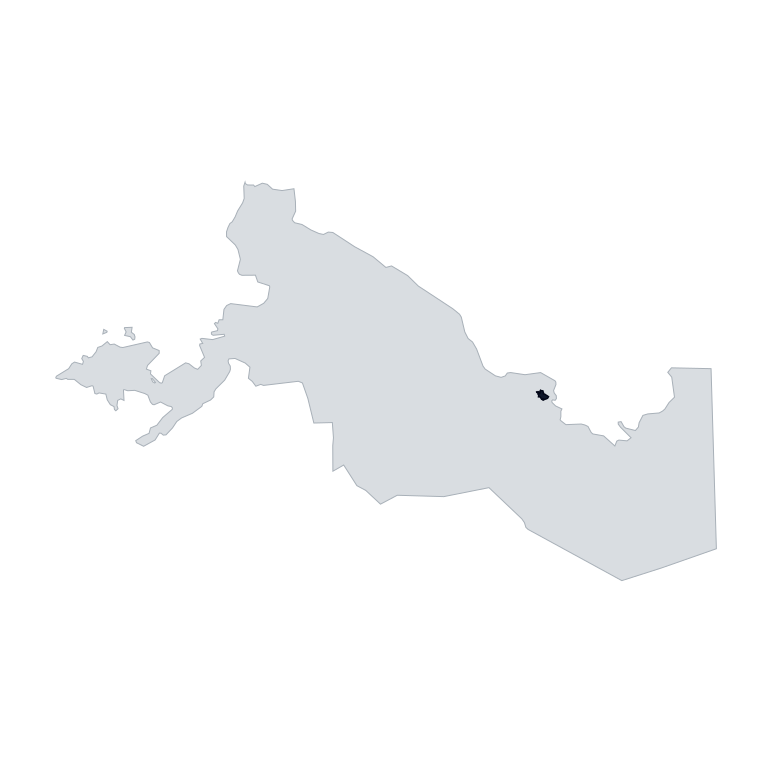 location of Yangibazar, Khorezm, Uzbekistan, rotated 177°
{"feature_id": "79887680B22803301231900", "entity_name": "Yangibazar", "entity_type": "district", "adm_level": 2, "iso_a3": "UZB", "parent_name": "Uzbekistan", "parent_adm1": "Khorezm", "projection": "equal_earth", "projection_center": [60.467, 41.675], "detail": "fine", "context": "in_parent", "style": "filled", "palette": "ink", "viewbox_px": 768, "rotation_deg": 177, "n_neighbors": 0, "source": "geoboundaries", "source_scale": "gbopen_adm2", "svg_char_len": 4311}
<svg xmlns="http://www.w3.org/2000/svg" viewBox="0 0 768 768"><g transform="rotate(177 384 384)"><path d="M615.5,340.1L627.3,334.4L634.2,338.3L634.9,340.4L627.7,344.6L621.2,347.0L619.5,352.3L613.0,354.7L606.7,362.1L596.7,369.8L596.6,371.3L597.6,372.6L601.0,373.5L608.1,377.7L614.7,375.3L616.3,375.8L618.2,378.3L620.4,385.2L623.4,387.0L633.2,390.7L640.3,390.7L644.0,392.1L644.5,391.5L644.5,381.2L647.6,382.9L650.8,381.6L651.8,376.5L650.9,373.2L653.2,371.3L654.5,372.6L654.8,375.6L658.4,377.7L661.2,382.7L662.3,388.5L669.0,390.0L671.3,389.0L673.2,389.6L674.6,397.0L675.6,397.6L681.2,396.1L686.8,399.2L693.0,404.8L699.6,405.2L701.0,406.2L705.7,405.3L711.2,406.9L711.4,407.8L710.6,409.0L698.1,415.8L694.7,420.5L691.9,422.1L684.0,419.4L683.0,422.3L684.5,425.2L682.9,428.3L678.8,427.1L677.9,425.6L674.1,426.4L669.8,431.3L667.9,435.5L663.7,436.7L658.1,440.8L655.5,437.6L651.3,438.0L645.6,434.6L642.8,434.1L618.1,438.4L616.1,437.7L613.2,432.2L606.8,429.2L606.9,426.4L619.2,414.9L620.5,411.3L616.1,409.4L616.7,406.3L608.0,397.1L606.4,396.5L605.3,396.9L602.6,403.7L581.0,415.5L577.7,414.4L572.5,409.9L569.3,408.4L565.4,412.1L565.8,416.6L561.8,420.0L566.1,432.0L565.8,433.6L562.9,434.0L565.2,438.5L563.5,439.1L552.8,437.3L540.6,440.1L541.0,442.0L552.0,441.6L553.5,442.5L553.8,444.0L553.3,444.9L547.5,446.0L547.0,447.8L550.2,453.2L548.9,454.3L546.8,453.3L545.3,456.8L541.6,456.6L539.9,466.9L537.0,470.6L532.9,472.3L506.6,467.6L499.9,470.9L495.6,475.5L493.0,486.9L493.3,488.1L504.7,492.5L506.7,499.4L520.2,500.0L522.6,501.1L523.7,502.8L524.4,504.7L520.9,516.0L522.8,526.0L525.2,530.6L533.5,539.4L533.3,544.2L531.6,548.5L529.5,552.3L527.1,553.9L523.9,558.7L521.1,564.5L515.7,572.3L513.9,576.6L513.7,589.0L512.2,592.8L512.0,591.4L509.9,589.9L503.8,589.5L502.7,587.9L495.0,590.9L490.1,589.5L485.1,584.4L475.6,582.5L463.7,583.7L462.9,570.8L463.2,561.2L467.1,553.7L466.9,552.3L464.8,549.7L457.6,547.6L449.0,541.7L441.1,537.7L436.6,536.5L431.7,538.6L427.2,538.0L406.1,522.6L388.2,511.6L376.0,500.3L370.3,501.5L354.7,491.0L344.6,480.0L311.4,455.6L304.9,449.7L303.3,446.7L300.6,431.8L297.6,425.0L293.4,421.3L289.7,414.1L284.2,396.7L282.2,393.6L272.3,386.3L266.7,384.5L262.5,385.7L260.3,388.5L257.0,388.8L242.7,385.9L227.0,387.2L213.1,378.3L212.3,376.9L212.3,374.5L215.0,368.6L214.5,366.1L212.6,363.4L212.6,360.4L213.9,358.8L216.5,359.3L217.4,358.3L217.1,356.7L213.8,353.1L207.6,349.8L208.8,347.6L209.1,342.0L210.0,339.0L209.2,338.0L204.5,333.9L189.1,333.7L185.4,332.5L182.5,330.9L179.6,324.7L178.1,323.2L167.4,320.7L156.7,310.0L154.5,314.8L152.4,315.7L144.2,314.5L140.1,317.4L150.0,328.4L152.2,331.7L152.1,333.7L149.2,334.0L146.6,328.8L144.9,327.3L135.4,324.4L132.2,327.7L131.3,331.9L127.1,339.1L122.2,340.3L110.7,340.7L107.2,342.4L104.8,344.3L100.3,350.6L94.6,355.6L96.3,375.8L100.0,380.8L96.1,385.1L56.6,382.2L60.7,202.1L116.8,185.7L156.8,175.2L247.7,231.2L249.8,233.4L251.0,238.2L253.4,242.1L284.6,275.0L330.2,268.4L376.6,272.2L393.8,264.2L407.8,278.7L416.4,283.9L428.5,305.2L439.6,299.6L438.4,325.1L437.3,332.9L437.6,348.2L456.1,348.7L460.8,373.6L465.4,389.3L469.4,391.2L504.4,388.9L507.1,390.1L512.1,388.5L515.4,393.5L519.1,396.8L517.0,407.8L521.5,412.2L531.4,417.3L537.5,417.2L538.5,415.3L538.1,412.7L536.6,410.0L536.6,406.8L537.4,404.5L542.9,396.2L552.1,388.0L554.1,385.1L554.7,380.0L558.0,377.1L566.0,373.8L567.1,371.2L576.8,364.8L587.9,360.7L592.9,357.4L597.5,351.2L604.4,344.6L607.1,344.5L609.2,346.5L610.9,346.7L615.5,340.1ZM616.2,401.5L614.8,398.2L612.9,397.0L612.1,397.5L615.1,401.6L616.2,401.5ZM640.1,453.9L632.6,453.8L633.6,448.9L630.8,446.5L630.2,444.1L630.6,441.8L632.4,441.0L634.8,444.5L640.5,446.1L638.8,449.5L640.4,453.2L640.1,453.9ZM662.2,448.7L661.0,453.2L657.7,451.2L658.1,450.1L662.2,448.7Z" fill="#d9dde1" stroke="#a8b0b8" stroke-width="1"/><path d="M225.6,368.7L226.3,369.0L227.3,369.1L228.0,369.6L228.4,369.0L228.3,367.6L228.6,366.7L229.1,366.5L229.5,367.7L229.9,368.2L230.9,367.9L231.5,368.3L232.0,368.1L231.9,367.7L231.3,367.6L231.2,367.1L230.4,366.8L230.4,366.3L230.7,366.1L230.7,365.7L230.2,365.5L230.2,364.3L230.4,363.1L228.7,362.9L227.4,360.5L226.4,360.7L226.2,359.7L225.5,359.6L225.2,360.5L224.6,360.2L222.9,360.6L221.4,361.2L220.4,362.7L221.6,363.7L223.1,364.7L224.2,365.6L225.2,365.6L225.5,366.1L225.2,366.9L225.5,367.6L225.6,368.7Z" fill="#0f172a" stroke="#020617" stroke-width="1.5"/></g></svg>